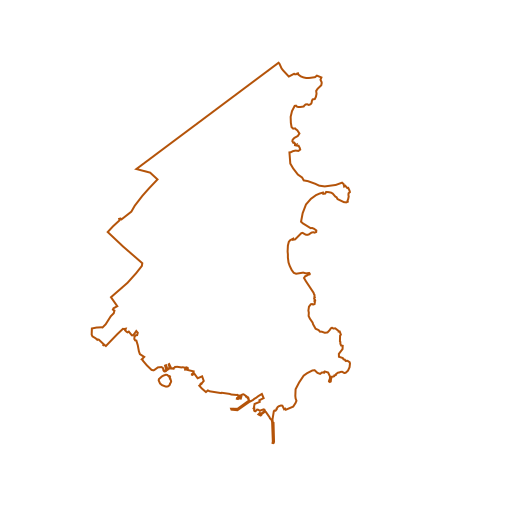 At Tawahi, `Adan, Yemen (Robinson projection), rotated 225°
{"feature_id": "15242507B38750647773303", "entity_name": "At Tawahi", "entity_type": "district", "adm_level": 2, "iso_a3": "YEM", "parent_name": "Yemen", "parent_adm1": "`Adan", "projection": "robinson", "projection_center": [44.985, 12.776], "detail": "fine", "context": "isolated", "style": "outline", "palette": "amber", "viewbox_px": 512, "rotation_deg": 225, "n_neighbors": 0, "source": "geoboundaries", "source_scale": "gbopen_adm2", "svg_char_len": 6147}
<svg xmlns="http://www.w3.org/2000/svg" viewBox="0 0 512 512"><g transform="rotate(225 256 256)"><path d="M318.2,92.6L320.8,88.7L316.6,84.2L314.8,83.5L311.3,84.4L309.0,84.5L309.0,85.1L307.9,85.7L301.4,85.9L301.0,85.0L300.6,85.1L300.3,86.0L298.5,86.2L298.8,102.8L298.6,110.4L297.7,111.0L296.7,112.5L296.4,111.9L296.7,111.2L296.1,110.9L293.9,110.9L292.8,111.2L292.5,112.6L287.7,112.1L287.0,112.8L287.0,114.9L287.6,118.3L285.3,118.1L284.1,116.0L284.9,114.9L284.9,113.1L283.4,111.3L281.8,110.9L280.8,111.6L276.5,109.3L271.4,105.8L268.7,104.5L263.7,105.6L263.7,102.1L262.3,102.3L261.9,102.0L255.9,101.5L249.3,101.6L247.6,102.7L247.3,103.5L246.6,107.9L244.3,110.6L242.9,111.0L241.1,110.3L241.0,109.9L239.9,109.5L239.2,109.6L239.1,110.6L238.5,110.5L238.3,110.9L238.7,111.4L238.7,111.9L242.8,114.2L242.4,115.2L238.1,113.1L237.9,114.2L238.2,115.1L237.6,115.3L237.4,115.7L241.1,117.6L241.0,118.2L236.3,116.5L235.6,117.5L235.2,117.5L234.6,118.0L235.0,118.6L234.7,119.4L234.8,120.3L233.3,122.0L229.9,124.5L229.1,125.6L227.0,126.9L225.8,125.5L224.9,126.4L226.3,128.1L225.3,128.6L224.9,128.5L223.7,127.1L218.5,130.3L217.6,128.8L217.8,127.1L217.4,126.7L216.9,126.9L216.5,129.2L210.8,128.3L209.0,132.8L204.6,130.7L204.3,127.6L204.7,127.3L204.7,126.5L204.2,126.6L204.4,124.2L200.7,124.0L195.2,124.4L195.0,126.9L193.2,127.5L183.7,134.4L183.6,135.0L177.2,139.8L175.5,140.6L171.7,143.8L171.0,144.6L170.6,144.5L169.3,145.4L168.3,143.8L168.8,143.4L168.7,142.9L169.0,142.1L168.6,141.5L167.6,142.1L167.5,143.2L165.9,144.4L166.3,145.1L167.2,144.5L167.4,145.0L166.6,145.6L167.0,146.3L167.9,145.9L168.2,146.9L167.6,148.6L167.0,149.4L163.8,150.0L163.6,149.5L163.3,149.5L162.0,150.4L161.0,150.2L161.2,149.6L158.7,149.1L161.0,134.9L165.6,130.4L164.7,130.0L160.1,133.8L157.6,147.9L156.3,152.0L156.2,153.8L155.6,156.0L155.3,158.5L154.3,162.6L150.1,160.9L151.6,156.4L150.2,155.5L152.4,150.4L150.5,147.6L150.3,147.7L149.8,147.3L149.8,146.5L149.0,146.6L148.3,145.6L147.4,145.3L146.6,145.8L146.6,148.2L145.8,148.8L143.9,149.3L142.2,152.9L141.4,153.3L140.3,152.9L140.9,147.5L142.3,147.8L142.3,145.7L141.9,145.8L141.8,147.1L140.7,146.9L140.4,146.3L139.9,146.5L139.8,147.3L140.3,147.7L139.6,152.4L138.8,152.7L132.6,151.6L131.3,151.1L128.9,151.1L127.0,149.8L112.9,136.7L112.1,135.5L111.5,135.8L111.3,136.1L111.8,137.3L125.7,150.5L126.6,150.3L128.8,152.1L133.6,158.8L133.7,159.8L132.8,160.4L133.0,162.3L133.6,162.7L133.6,163.6L133.9,164.6L133.6,166.0L132.6,168.0L131.5,168.8L127.7,167.5L127.4,168.7L126.2,168.4L123.2,175.8L124.1,180.0L125.0,182.2L127.3,183.3L129.3,184.9L133.8,189.8L136.1,197.1L137.7,205.1L137.0,209.3L135.2,214.9L133.8,216.7L129.9,216.8L127.3,218.0L127.0,220.3L125.4,221.6L125.9,222.0L125.8,222.9L122.6,224.6L118.4,223.1L116.1,220.4L116.4,219.9L115.7,218.9L114.7,219.1L114.4,220.1L115.1,221.0L115.5,220.8L115.7,221.7L117.1,224.1L116.1,225.4L115.7,226.3L116.2,227.0L115.4,228.3L115.9,229.2L115.5,231.6L114.7,232.6L114.3,233.7L113.3,235.0L110.8,235.7L110.3,236.4L110.0,237.0L109.9,240.0L111.2,243.5L113.5,246.4L114.7,247.1L117.1,246.6L117.7,246.2L118.1,245.3L118.6,245.2L120.0,245.5L121.0,244.8L122.5,245.2L126.1,243.4L128.2,245.4L129.0,251.4L131.2,253.8L132.5,252.9L134.3,253.6L135.6,254.9L136.3,255.0L140.2,259.1L140.4,260.4L143.4,261.8L144.1,261.0L144.6,261.4L148.8,260.9L150.0,259.4L151.5,259.0L151.9,257.8L151.5,255.6L151.4,252.5L153.0,250.4L156.1,248.9L157.3,247.7L159.3,247.9L162.4,246.7L167.4,248.1L168.8,248.9L173.6,249.8L176.4,250.8L178.5,253.2L180.4,254.5L182.7,257.6L183.1,260.6L182.4,261.7L181.3,262.0L180.6,263.4L181.8,265.1L182.8,265.4L182.6,266.3L183.2,266.7L184.7,266.9L185.1,267.4L185.2,268.4L185.9,268.5L187.0,269.8L188.0,270.0L189.3,270.7L203.1,273.5L206.5,274.4L206.9,276.5L206.2,278.0L206.0,279.4L205.1,280.9L205.2,281.3L205.7,281.5L206.4,281.6L208.3,279.1L210.9,277.6L215.1,271.8L217.4,270.8L220.8,271.3L225.3,272.9L228.4,274.4L232.3,277.4L234.6,279.7L236.8,281.5L240.8,285.9L242.8,289.2L243.0,291.3L242.0,294.4L241.3,293.7L240.1,295.4L240.1,304.2L239.4,305.3L236.0,306.2L234.8,307.1L233.9,308.5L233.3,311.8L232.3,313.3L231.1,313.9L230.4,315.5L231.4,316.7L234.2,316.3L236.1,315.5L237.1,314.3L246.0,312.2L248.4,312.1L253.3,319.3L257.1,327.8L257.6,335.3L256.6,341.5L255.2,345.1L253.5,348.2L252.4,347.5L251.2,349.1L251.7,350.9L249.8,352.5L247.7,353.9L245.9,354.4L241.8,354.1L240.6,354.5L238.6,353.9L232.0,356.2L230.1,357.7L229.5,359.3L230.3,359.7L231.0,361.3L232.5,363.6L233.8,364.5L234.9,365.8L234.8,367.6L236.2,368.4L239.0,369.4L239.5,368.6L242.6,368.8L242.8,367.5L244.9,368.8L247.0,368.7L249.8,362.7L256.6,353.8L261.1,350.4L265.3,348.9L272.3,345.6L275.7,343.2L278.9,344.1L284.0,343.2L291.7,344.2L297.1,345.6L305.6,352.9L304.8,353.9L304.0,356.3L302.6,358.5L300.3,360.3L300.0,362.5L301.4,363.3L303.9,364.1L304.7,363.2L305.7,362.6L306.0,363.2L306.3,362.2L306.8,361.9L307.3,362.4L307.3,363.0L309.2,363.2L309.6,362.4L311.5,362.9L312.3,364.2L312.4,366.6L311.3,370.4L311.9,373.3L315.7,374.1L317.3,373.8L318.5,373.9L319.8,372.3L322.0,372.3L325.5,374.8L329.9,378.9L333.0,383.9L334.8,389.5L334.0,390.6L332.9,390.5L331.5,391.2L330.1,392.6L328.0,395.4L328.2,396.5L328.1,398.2L327.1,399.5L325.5,400.1L324.9,401.4L324.7,402.6L325.0,403.6L326.2,405.3L326.7,406.8L325.4,408.5L326.2,410.9L327.9,413.5L330.2,415.3L330.7,417.9L330.6,422.9L331.8,424.7L332.5,425.3L335.0,426.2L336.0,428.5L340.5,426.6L340.7,424.2L344.1,419.7L346.3,417.4L348.8,415.8L351.3,414.7L354.5,414.2L355.4,414.9L355.9,414.3L355.9,413.3L356.9,412.0L357.9,411.8L359.7,406.1L368.1,406.4L370.5,406.7L375.3,408.5L376.7,408.6L402.1,232.9L389.8,240.1L379.8,240.5L379.5,228.5L378.9,218.3L377.3,205.9L375.5,199.2L377.0,186.8L378.3,186.7L379.0,185.5L377.7,184.8L378.1,175.9L377.8,168.1L356.8,168.7L331.3,170.5L329.7,168.3L328.6,159.1L327.9,146.1L329.4,124.3L318.6,122.4L319.8,118.3L319.3,116.9L317.5,117.3L316.1,114.9L316.1,110.7L314.0,101.4L314.0,96.9L314.9,96.3L318.2,92.6ZM236.9,106.0L237.4,104.2L237.6,100.3L236.8,99.2L233.7,98.0L231.2,98.2L227.6,99.8L226.6,100.7L225.9,102.0L225.9,104.1L226.5,104.8L226.8,106.3L227.4,107.4L229.1,108.3L230.0,108.3L230.1,108.8L231.4,109.1L231.4,109.8L232.2,110.0L232.8,109.2L234.5,109.2L235.7,108.4L236.9,106.0Z" fill="none" stroke="#b45309" stroke-width="2"/></g></svg>